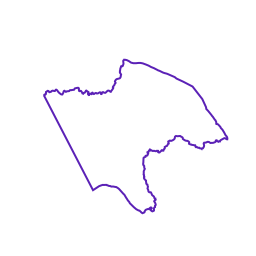 outline of Lalay Gash, Gash Barka, Eritrea, rotated 125°
{"feature_id": "51966322B3150290200372", "entity_name": "Lalay Gash", "entity_type": "district", "adm_level": 2, "iso_a3": "ERI", "parent_name": "Eritrea", "parent_adm1": "Gash Barka", "projection": "albers", "projection_center": [37.404, 14.623], "detail": "fine", "context": "isolated", "style": "outline", "palette": "violet", "viewbox_px": 256, "rotation_deg": 125, "n_neighbors": 0, "source": "geoboundaries", "source_scale": "gbopen_adm2", "svg_char_len": 5699}
<svg xmlns="http://www.w3.org/2000/svg" viewBox="0 0 256 256"><g transform="rotate(125 128 128)"><path d="M80.3,40.2L79.7,40.5L78.7,41.5L78.2,42.7L78.0,43.8L77.2,45.4L76.6,46.5L75.2,49.7L74.9,51.2L74.7,52.1L74.1,53.0L73.4,56.2L73.5,57.0L74.0,57.8L74.0,58.1L72.8,58.9L72.4,59.3L71.5,60.9L71.4,61.7L70.1,65.1L69.9,66.1L69.5,67.1L68.0,72.3L67.5,74.8L66.2,76.0L61.7,83.7L57.0,98.9L58.4,109.4L59.7,116.7L59.5,118.9L61.1,126.9L61.6,128.4L62.0,129.4L62.5,131.1L63.1,135.0L63.5,136.3L63.6,137.4L63.9,139.5L64.1,141.1L64.8,144.1L65.1,146.9L65.7,149.6L66.6,153.0L67.5,155.0L68.5,156.5L70.4,158.7L71.8,160.7L72.7,163.0L72.7,165.6L73.1,168.0L73.8,169.6L74.3,170.3L74.5,170.2L75.3,170.5L75.8,170.4L78.0,168.5L80.1,167.9L80.5,168.0L80.6,168.5L81.3,168.6L81.5,169.0L84.1,168.2L85.1,167.6L86.1,167.3L86.7,166.6L87.2,166.5L87.4,166.2L87.6,165.7L87.8,165.0L88.3,164.2L89.0,164.1L89.6,163.7L90.5,163.3L91.5,163.2L92.0,163.3L92.6,163.7L94.3,165.2L95.3,165.6L96.5,165.6L97.4,165.4L97.7,165.0L98.0,164.2L98.3,164.0L99.7,164.1L100.2,164.0L100.6,163.8L102.0,163.9L102.3,164.0L103.0,163.9L103.3,163.8L103.5,163.1L104.1,162.9L106.7,162.9L107.5,163.0L108.2,162.8L108.3,162.9L108.4,163.3L108.3,164.3L108.4,165.1L108.8,165.8L110.0,166.3L111.0,166.4L112.1,166.7L112.4,167.1L112.9,168.2L112.9,169.0L113.5,169.5L113.9,169.6L115.1,169.1L115.4,169.2L115.6,169.4L115.6,169.7L114.9,170.3L114.7,170.6L114.8,171.4L115.1,171.7L116.9,172.5L117.6,173.3L117.6,174.0L117.7,174.4L118.4,174.9L119.6,175.3L119.8,175.5L119.8,176.2L119.6,176.6L119.5,176.9L119.4,177.2L119.5,177.5L120.2,177.7L120.8,177.3L121.1,177.2L121.4,177.5L121.4,178.4L121.9,179.2L122.3,179.3L123.3,178.8L123.5,179.0L123.4,179.7L123.2,180.2L122.8,180.5L121.5,180.9L121.2,181.1L121.2,181.4L121.4,181.9L121.5,182.6L121.4,182.8L121.2,183.1L121.2,183.4L121.3,183.7L121.6,183.8L122.6,183.7L123.8,183.7L124.2,183.9L124.7,184.5L125.0,184.6L125.6,184.4L125.7,184.7L125.8,185.2L125.4,185.7L125.0,186.5L124.6,187.8L124.8,188.2L125.5,188.6L125.7,189.2L125.0,190.1L124.6,190.4L124.2,190.5L123.6,191.3L123.6,191.7L123.7,192.0L124.3,192.7L126.0,194.2L126.3,194.3L127.4,194.1L127.7,194.2L129.1,195.8L129.6,196.2L130.0,196.9L130.3,197.2L131.5,197.4L131.9,197.8L133.1,199.2L133.9,199.5L134.1,199.8L133.9,201.2L134.0,201.5L134.6,201.7L134.9,201.7L136.3,201.2L138.2,201.0L138.6,201.6L138.8,202.1L138.7,204.6L138.3,206.1L138.3,206.4L138.0,206.9L137.7,207.9L137.8,208.9L138.1,209.1L139.6,209.1L139.8,209.3L140.1,209.8L140.5,210.9L140.7,211.2L141.6,211.8L142.1,211.7L142.5,211.9L143.7,212.8L143.8,213.0L143.7,213.2L143.3,214.3L143.6,215.1L144.6,215.5L145.1,215.5L145.4,215.8L146.8,215.1L147.1,214.8L147.6,214.8L148.1,214.9L148.4,215.5L148.9,215.6L149.5,215.0L149.8,215.0L199.0,121.0L192.2,118.3L190.3,117.0L189.0,116.0L188.6,115.2L187.2,113.4L186.9,112.9L187.0,112.8L186.9,112.2L186.5,111.2L186.4,110.4L185.7,109.2L185.6,108.1L185.3,107.8L184.3,106.3L183.9,105.3L183.7,105.0L183.4,104.2L183.1,103.7L183.0,101.9L183.1,100.3L184.6,93.9L184.7,92.8L186.1,89.7L186.8,87.9L187.4,86.6L187.9,84.5L188.4,83.7L188.6,83.2L188.9,81.3L189.5,77.8L189.8,74.7L189.5,72.0L189.1,71.2L189.3,69.5L189.5,68.6L189.5,67.3L188.2,66.4L187.6,66.2L187.4,66.4L186.8,66.5L185.3,66.6L184.8,66.5L183.1,65.4L182.5,64.5L181.5,64.3L180.1,63.9L179.9,63.6L179.8,63.1L180.0,62.7L180.8,62.5L182.1,62.8L182.3,62.5L182.4,60.7L182.3,60.2L182.2,60.1L181.0,59.4L180.7,59.4L180.4,59.6L179.6,60.2L179.2,60.7L177.9,60.8L177.3,60.5L176.1,61.3L175.5,61.1L175.0,61.3L174.7,61.5L173.9,62.6L173.0,64.5L172.5,64.6L170.9,64.2L170.7,64.5L170.8,64.8L170.2,65.1L170.5,65.6L170.2,66.3L169.8,66.6L169.3,67.5L169.2,68.0L169.2,68.9L169.1,69.8L167.9,71.7L167.6,72.3L167.7,72.7L168.4,73.6L168.4,74.1L168.3,74.7L168.0,75.1L167.0,76.1L166.9,76.3L166.4,77.3L164.6,78.0L163.9,79.1L163.3,79.5L163.2,79.7L163.3,80.5L163.2,80.9L162.9,81.3L162.1,81.9L161.5,82.6L160.7,83.1L160.6,84.3L160.2,85.7L159.8,86.2L159.6,86.4L158.7,86.5L158.5,87.1L157.3,87.9L157.3,88.3L157.1,88.6L155.7,89.3L155.1,89.9L154.1,90.4L151.8,90.8L151.4,91.7L151.2,91.9L149.8,93.0L149.7,93.9L149.2,94.3L149.0,94.8L148.6,95.0L148.1,95.4L147.7,95.5L144.1,97.8L143.5,98.1L143.2,98.1L141.4,97.1L141.1,97.2L141.1,97.4L140.9,97.6L140.7,97.6L139.4,96.4L137.3,96.8L137.2,96.9L137.4,97.1L137.2,97.7L136.7,98.2L136.0,97.8L135.8,97.6L135.4,97.5L135.0,97.8L134.3,97.8L133.1,97.7L133.5,96.6L133.4,96.5L132.9,96.4L132.8,95.9L132.8,95.1L132.7,94.8L132.5,94.3L131.9,93.8L131.7,93.5L131.2,92.1L130.9,91.7L130.6,91.5L130.1,91.3L129.5,90.3L130.5,89.4L130.3,88.5L129.8,88.1L128.8,88.0L128.0,87.7L126.9,87.7L126.7,87.4L126.9,87.0L126.4,86.1L126.2,86.0L125.9,86.2L124.7,86.4L124.4,86.2L123.7,86.2L123.3,86.4L122.5,87.0L121.9,86.7L121.3,86.5L120.3,85.8L119.0,85.9L118.2,86.1L117.5,85.7L117.0,85.9L116.8,86.5L116.0,87.3L115.7,87.2L115.2,86.9L114.6,86.7L114.4,86.6L114.1,86.2L114.0,85.6L113.6,85.1L112.3,84.3L111.3,83.9L110.3,83.7L109.4,83.9L108.5,84.4L108.1,84.5L107.7,84.4L107.0,84.1L106.4,82.8L104.7,80.8L104.6,80.5L104.7,80.0L104.5,79.1L104.5,77.9L104.6,77.6L105.5,76.8L105.5,75.3L105.4,74.0L105.2,73.5L105.1,73.0L104.5,72.1L104.3,70.9L104.4,70.1L104.5,69.7L105.9,69.0L105.7,67.6L105.6,67.2L105.3,66.9L105.2,66.0L104.6,65.0L104.2,63.9L103.6,63.1L103.7,62.8L104.5,62.1L104.7,61.7L104.7,61.4L104.7,61.2L104.1,60.7L104.0,60.0L104.0,59.1L103.3,58.4L103.3,58.1L103.4,57.3L102.7,56.2L102.8,55.6L102.3,55.7L101.6,55.0L101.3,55.0L99.8,55.1L98.7,55.6L98.2,56.1L97.5,57.0L97.0,57.2L96.4,57.2L95.2,55.8L93.7,54.9L93.3,54.3L93.0,53.5L93.0,52.2L92.9,51.7L92.3,51.1L91.5,49.9L89.7,48.6L88.9,48.4L87.9,48.9L87.5,48.7L87.3,48.4L87.2,48.3L87.2,48.2L87.6,48.0L87.7,47.9L87.4,46.0L86.5,45.8L86.4,45.6L86.3,45.0L86.0,45.0L85.1,45.2L84.5,45.0L81.1,43.3L80.7,42.6L80.6,40.7L80.3,40.2Z" fill="none" stroke="#5b21b6" stroke-width="2"/></g></svg>